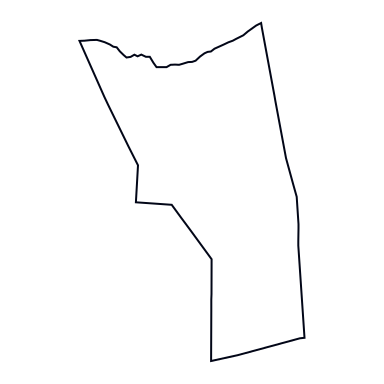 outline of Flexeiras, Alagoas, Brazil
{"feature_id": "56859067B97278052476621", "entity_name": "Flexeiras", "entity_type": "district", "adm_level": 2, "iso_a3": "BRA", "parent_name": "Brazil", "parent_adm1": "Alagoas", "projection": "robinson", "projection_center": [-35.785, -9.256], "detail": "fine", "context": "isolated", "style": "outline", "palette": "ink", "viewbox_px": 384, "rotation_deg": 0, "n_neighbors": 0, "source": "geoboundaries", "source_scale": "gbopen_adm2", "svg_char_len": 951}
<svg xmlns="http://www.w3.org/2000/svg" viewBox="0 0 384 384"><path d="M304.5,337.8L298.3,245.6L298.3,241.2L298.5,228.4L298.5,224.2L296.7,196.8L293.0,183.6L286.0,158.1L275.4,101.2L274.4,95.4L261.9,27.9L261.1,23.0L256.2,25.5L252.0,28.5L247.8,31.5L243.3,35.3L239.7,37.1L235.9,39.0L232.8,40.7L228.4,42.3L223.8,44.5L219.4,46.5L214.5,48.7L210.9,51.5L207.6,51.9L204.5,53.3L200.1,56.5L195.6,60.7L192.1,61.9L188.1,62.1L182.9,63.7L179.1,64.8L175.0,64.6L170.6,64.8L166.6,67.1L161.6,67.1L156.5,67.1L153.5,62.9L149.8,56.8L145.9,56.8L141.3,54.6L137.6,56.3L134.4,54.7L130.6,56.9L126.5,57.5L123.7,55.1L119.8,51.3L116.7,47.3L113.3,46.7L109.9,44.5L104.7,42.2L100.2,40.8L96.9,39.9L90.4,40.1L84.5,40.7L79.5,40.9L104.5,97.2L108.3,105.2L128.5,146.5L138.0,165.3L135.9,202.3L154.6,203.6L171.7,204.8L181.2,217.8L189.6,229.1L211.6,259.2L211.5,294.1L211.3,299.5L211.3,311.7L211.1,361.0L237.6,355.2L299.9,338.3L304.5,337.8Z" fill="none" stroke="#020617" stroke-width="2"/></svg>